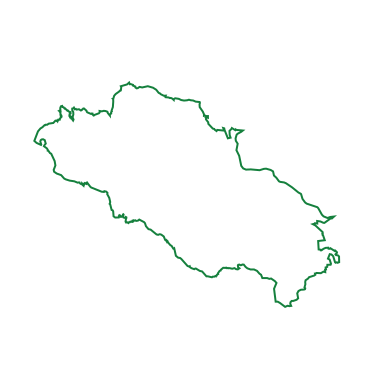 Sighetu Marmatiei, Maramures, Romania (Robinson projection), rotated 46°
{"feature_id": "2599482B88825204497401", "entity_name": "Sighetu Marmatiei", "entity_type": "district", "adm_level": 2, "iso_a3": "ROU", "parent_name": "Romania", "parent_adm1": "Maramures", "projection": "robinson", "projection_center": [23.83, 47.897], "detail": "fine", "context": "isolated", "style": "outline", "palette": "green", "viewbox_px": 384, "rotation_deg": 46, "n_neighbors": 0, "source": "geoboundaries", "source_scale": "gbopen_adm2", "svg_char_len": 6013}
<svg xmlns="http://www.w3.org/2000/svg" viewBox="0 0 384 384"><g transform="rotate(46 192 192)"><path d="M267.2,236.9L267.3,235.9L268.4,234.8L268.6,233.7L269.3,233.4L269.0,232.8L269.3,232.3L268.9,231.5L269.2,230.2L268.5,229.9L267.9,226.8L268.4,226.0L268.0,225.1L268.2,222.2L270.0,220.5L270.1,220.0L271.1,219.8L271.6,218.9L272.1,218.8L272.8,217.9L275.1,216.4L276.3,214.3L278.1,213.9L279.5,212.8L279.8,210.9L278.3,211.2L276.6,209.9L276.5,209.3L277.2,208.3L278.2,208.1L279.0,207.1L279.1,206.2L280.2,205.2L283.1,205.5L285.4,205.2L288.4,203.7L290.8,201.2L293.9,200.0L297.6,200.2L299.5,199.8L302.8,201.2L306.0,197.8L308.2,196.7L309.2,195.2L313.6,194.3L316.1,194.4L318.6,200.2L329.0,208.0L330.5,206.5L333.0,205.8L339.3,204.8L340.2,202.3L341.8,201.2L342.8,199.8L340.7,199.0L339.7,197.7L339.6,196.0L340.7,194.8L342.2,191.6L342.2,189.5L338.0,186.7L337.2,184.2L337.6,182.7L338.0,181.5L340.0,179.2L340.4,178.3L339.9,177.4L338.8,177.4L337.1,174.5L335.4,173.1L334.4,171.6L334.9,168.6L334.6,167.0L337.0,162.1L337.2,160.8L336.1,160.2L336.5,159.7L336.7,158.7L339.9,155.7L340.6,152.7L342.2,151.8L340.3,150.2L340.8,149.4L339.1,148.3L339.8,146.8L338.4,145.2L340.6,142.8L340.2,141.9L336.2,139.9L334.4,140.5L332.4,136.1L333.8,135.1L336.2,135.0L341.9,137.9L342.7,137.8L343.2,136.6L344.1,136.4L344.7,134.9L340.5,131.0L338.8,131.1L337.5,132.2L336.5,132.1L336.4,129.9L335.6,129.5L333.5,129.7L333.6,130.3L328.6,131.5L328.6,132.3L327.6,133.2L326.7,132.7L325.0,134.7L324.2,136.9L323.9,139.4L323.5,139.8L323.1,139.4L321.3,140.8L314.9,135.3L318.9,130.0L314.4,127.9L313.8,128.0L312.6,127.2L312.8,126.9L311.6,125.9L301.7,126.5L299.1,127.4L299.9,125.9L299.8,125.3L301.7,123.8L299.8,122.1L302.4,120.1L305.4,118.9L306.2,118.2L307.3,110.6L308.2,109.8L308.3,106.9L306.0,109.9L304.8,112.6L300.9,114.3L298.5,114.3L291.3,112.4L290.0,112.4L280.0,117.6L278.0,117.9L273.7,117.3L269.3,115.0L268.8,115.0L266.3,115.8L258.1,116.8L251.0,118.3L249.1,119.1L246.0,121.5L244.7,122.0L240.3,121.4L237.1,121.6L233.5,119.4L230.8,120.1L226.7,122.5L225.3,124.2L223.3,128.2L216.6,134.0L213.4,137.6L210.6,138.8L207.4,138.4L198.7,132.9L192.8,131.0L189.0,125.6L185.6,124.9L183.7,123.4L181.8,120.1L181.8,118.7L182.9,114.7L183.1,112.7L178.0,117.1L177.4,117.1L177.6,117.9L173.7,118.9L174.0,119.6L174.1,122.6L177.3,125.4L179.7,126.5L178.3,128.9L170.0,125.5L168.6,124.6L167.7,125.1L170.2,126.2L164.9,130.7L165.2,132.0L163.0,132.4L162.1,132.2L160.8,133.0L154.3,132.9L153.1,131.9L149.5,131.5L149.2,130.9L148.0,130.5L148.6,129.3L149.6,128.9L148.4,127.8L147.2,129.1L146.2,129.4L145.5,130.5L144.4,129.4L141.7,128.4L136.3,127.5L134.2,125.7L133.4,124.4L132.6,124.0L129.5,126.6L127.0,127.6L125.1,129.2L123.5,130.1L122.7,131.7L120.7,134.2L118.3,135.9L115.8,136.8L112.9,139.0L112.5,140.5L113.1,141.2L111.1,141.3L109.6,141.9L109.1,142.6L107.7,143.2L105.4,145.2L104.8,145.0L104.4,144.0L103.2,145.4L99.8,146.6L99.0,146.5L97.5,147.1L93.6,146.7L89.9,147.6L85.2,150.3L82.2,155.2L80.0,156.7L79.6,158.9L79.0,159.8L77.5,160.1L76.8,159.5L74.5,160.5L74.0,160.0L71.7,161.2L71.2,161.9L69.6,161.2L69.5,164.0L66.5,169.7L67.3,169.9L69.4,172.5L69.5,173.0L69.0,173.4L69.1,174.8L68.5,178.8L68.7,181.1L70.2,183.8L70.0,184.2L70.5,184.2L72.4,186.0L75.9,189.9L77.6,193.3L78.3,193.6L78.4,194.8L79.4,195.6L79.1,197.2L80.0,198.0L76.7,197.7L75.5,197.1L73.8,197.9L72.4,199.0L71.3,200.9L69.5,202.2L70.6,203.1L70.7,204.3L68.6,209.1L68.8,209.3L68.6,209.7L66.9,209.6L66.5,209.1L65.9,209.5L65.7,210.4L61.9,212.0L61.0,211.9L60.2,211.4L56.8,211.7L56.4,212.3L56.5,213.4L56.3,213.9L56.5,214.4L56.2,215.3L54.0,215.8L52.5,217.8L51.6,217.8L51.1,218.8L49.3,218.3L49.4,219.1L48.8,220.2L49.9,221.3L52.0,221.9L53.8,223.5L54.7,225.0L54.4,226.0L55.4,226.0L57.6,226.9L58.0,227.9L55.9,227.6L54.8,226.8L54.0,226.6L53.5,227.4L52.9,227.1L53.3,227.7L52.1,227.4L50.9,225.9L51.2,224.8L50.1,223.9L49.3,224.6L47.0,224.7L46.9,225.2L43.7,225.2L43.5,225.7L41.9,225.5L41.0,226.1L39.9,225.6L39.3,226.8L40.1,228.5L41.6,229.7L41.3,231.1L42.5,230.7L42.5,231.4L43.8,231.6L44.5,232.6L46.2,232.8L46.9,233.3L46.4,233.8L47.3,234.2L47.4,235.9L48.1,236.8L47.3,237.6L47.6,237.8L47.4,238.8L47.7,239.5L46.9,239.3L46.8,240.0L46.3,240.0L45.8,240.7L46.0,243.8L43.3,247.6L43.0,249.5L41.9,250.6L41.9,251.3L41.5,251.6L41.5,254.6L41.0,256.9L41.4,260.7L45.7,269.9L48.7,269.7L53.3,267.9L53.2,267.5L50.2,266.0L49.6,264.8L49.8,263.6L50.6,262.5L52.4,261.9L55.6,263.6L55.7,265.1L56.2,266.7L59.7,266.1L61.4,266.4L62.0,267.1L62.8,266.7L65.3,267.1L66.7,266.7L74.3,269.3L78.0,271.8L80.0,276.1L81.6,277.1L84.7,276.5L89.0,274.4L93.6,274.6L95.3,274.0L98.8,272.1L102.6,269.2L105.8,267.8L106.7,266.5L108.7,266.5L109.2,265.9L110.6,265.8L110.2,265.6L110.6,265.2L110.2,265.0L111.1,264.9L110.9,264.4L111.1,264.2L111.7,264.5L111.0,263.1L112.0,262.7L111.8,262.3L112.2,262.7L112.6,262.5L111.9,262.0L112.0,261.6L112.5,261.5L112.4,260.9L117.5,261.5L118.7,261.4L129.0,256.8L130.8,255.3L130.5,254.5L132.2,253.4L133.9,253.4L134.7,254.5L138.7,255.6L142.1,257.6L142.8,258.3L143.3,259.5L144.2,259.5L149.1,262.3L150.0,261.8L151.1,262.1L155.0,265.3L157.0,265.0L159.4,262.4L158.5,261.0L159.3,260.8L159.6,261.1L160.0,260.8L159.0,260.3L158.5,260.5L158.5,260.1L159.6,260.1L161.2,259.3L161.0,258.5L161.2,258.3L160.7,257.9L160.6,257.2L159.4,256.9L160.7,256.9L161.8,258.6L162.7,259.0L164.1,258.2L164.3,257.7L164.0,257.0L164.6,256.8L165.1,257.2L165.4,258.1L167.2,260.4L168.2,260.6L168.5,259.8L170.2,259.3L170.0,258.2L170.6,257.6L170.5,256.9L172.1,255.7L172.2,255.0L172.9,254.2L171.5,255.1L171.2,254.8L171.7,253.7L172.5,253.5L172.9,252.5L173.7,252.4L174.3,251.9L175.1,250.6L175.2,249.1L180.4,247.4L181.8,247.5L184.7,248.9L188.5,249.1L190.3,247.9L197.9,247.0L199.3,246.1L199.8,244.8L200.4,244.2L201.4,243.7L204.4,243.2L207.8,244.6L208.8,244.3L209.7,244.5L209.2,243.8L210.2,243.7L211.7,244.3L215.3,244.5L216.5,244.1L219.9,244.8L220.3,244.5L220.3,244.0L226.7,247.9L229.6,247.6L231.2,246.4L232.7,246.2L242.1,246.6L243.6,245.9L243.8,245.2L244.7,245.7L246.4,245.3L249.1,244.0L249.3,242.9L249.7,242.4L254.2,241.2L256.2,239.9L262.7,240.2L263.5,239.3L267.2,236.9Z" fill="none" stroke="#15803d" stroke-width="2"/></g></svg>